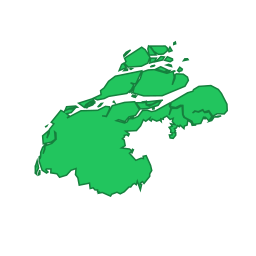 outline of Patuakhali, Barisal, Bangladesh, rotated 222°
{"feature_id": "16705992B49808088196813", "entity_name": "Patuakhali", "entity_type": "district", "adm_level": 2, "iso_a3": "BGD", "parent_name": "Bangladesh", "parent_adm1": "Barisal", "projection": "orthographic", "projection_center": [90.354, 22.181], "detail": "fine", "context": "isolated", "style": "filled", "palette": "green", "viewbox_px": 256, "rotation_deg": 222, "n_neighbors": 0, "source": "geoboundaries", "source_scale": "gbopen_adm2", "svg_char_len": 6011}
<svg xmlns="http://www.w3.org/2000/svg" viewBox="0 0 256 256"><g transform="rotate(222 128 128)"><path d="M79.3,175.9L81.7,173.7L84.7,175.3L93.6,173.3L96.4,174.6L102.8,180.8L104.6,175.5L108.7,171.7L106.1,165.1L109.4,171.5L111.7,171.9L113.8,174.2L119.0,159.2L121.6,155.8L125.4,154.2L128.9,150.8L128.2,143.5L130.6,138.1L133.4,135.8L132.8,131.8L133.9,129.4L141.6,125.6L140.6,127.9L134.6,130.7L134.8,136.9L130.9,142.4L131.8,149.3L140.6,152.0L147.7,144.7L154.6,134.1L151.7,122.1L155.4,119.7L152.0,122.3L154.4,129.8L155.9,131.4L159.2,129.0L162.3,120.9L174.5,109.3L180.0,94.6L179.7,97.7L183.3,97.5L180.5,101.5L180.5,106.3L184.3,102.9L186.6,98.7L186.0,97.1L189.7,96.2L188.9,80.9L185.9,81.5L185.4,74.3L183.1,71.3L181.4,66.2L185.2,72.8L186.2,65.0L180.4,59.5L175.7,66.1L174.7,69.9L174.8,71.3L180.0,76.1L178.3,76.1L173.9,71.6L174.3,65.6L177.7,59.0L175.6,56.6L173.9,52.0L176.2,57.0L177.9,58.6L178.6,56.8L176.6,51.5L173.5,47.9L172.7,46.0L174.5,48.3L174.7,47.1L171.8,43.9L163.6,39.2L158.4,40.0L158.0,41.8L161.1,41.9L161.3,42.9L157.8,46.0L155.4,43.0L150.2,46.4L145.9,45.6L142.1,51.9L142.1,58.4L139.5,63.1L135.8,58.2L131.9,57.4L126.0,52.9L119.7,61.3L115.6,57.7L113.9,60.2L111.1,59.9L109.1,61.6L107.8,60.1L106.6,61.0L106.3,59.8L103.9,62.9L95.4,65.7L95.8,67.9L93.2,72.9L89.7,73.9L88.1,78.2L87.8,84.9L86.5,86.0L86.8,89.3L86.0,91.2L83.9,91.4L85.5,94.7L77.4,90.3L80.1,95.2L81.3,94.4L82.0,95.3L81.3,97.9L79.0,97.5L79.5,106.6L81.2,108.5L81.9,112.3L86.2,115.3L96.0,119.6L97.8,117.1L96.1,115.6L98.0,114.4L100.6,109.2L110.1,110.2L109.7,112.6L108.4,112.2L109.4,115.4L110.4,115.2L109.7,113.5L112.8,113.4L119.5,108.8L118.3,113.0L122.8,116.5L125.0,116.2L124.7,119.1L125.8,120.0L124.3,122.2L122.5,122.4L123.1,124.4L127.6,124.1L120.0,131.7L120.1,138.1L122.2,144.5L119.3,144.9L118.4,150.2L117.6,148.4L115.4,148.7L116.0,150.8L111.3,152.3L109.7,155.2L107.7,155.1L109.8,156.9L107.6,158.1L108.5,159.2L107.1,162.9L102.4,162.5L100.9,165.4L99.4,162.4L95.2,162.0L99.1,159.7L96.3,158.9L97.9,156.0L94.7,155.2L93.4,153.3L92.1,154.0L90.7,152.3L92.6,150.5L90.0,148.8L87.5,150.5L87.7,154.6L89.3,156.4L90.6,155.4L90.8,157.7L93.1,158.6L92.1,160.4L92.8,162.9L90.7,163.3L91.1,165.0L86.0,165.0L87.4,167.2L86.0,169.7L88.7,173.6L84.7,174.4L82.1,172.9L79.3,175.9ZM107.3,194.0L113.1,175.8L110.9,172.2L106.2,175.1L104.3,179.9L102.3,181.5L95.7,174.6L92.8,173.8L85.1,175.8L81.8,174.4L77.0,180.1L79.1,186.6L77.6,187.8L72.8,187.5L73.2,192.5L79.2,194.4L79.4,192.9L81.4,190.7L84.5,191.2L86.2,187.0L89.2,185.5L90.1,182.3L89.8,185.4L86.7,187.1L84.7,191.7L82.1,190.9L79.6,195.0L72.9,193.4L71.3,198.2L65.9,202.8L65.9,207.3L70.4,211.9L81.7,216.2L86.7,217.1L94.8,215.0L103.2,206.3L105.0,200.4L104.4,198.7L107.3,194.0ZM151.9,172.9L150.7,162.4L147.9,157.4L137.8,162.4L124.2,174.9L113.6,197.2L115.0,203.8L117.9,205.6L122.9,205.0L128.3,200.6L128.6,199.2L126.3,196.2L124.0,189.7L127.6,196.7L132.2,200.1L130.8,201.9L131.9,201.4L135.6,194.7L147.6,188.9L151.8,184.7L154.9,179.3L151.9,172.9ZM173.6,127.1L169.6,128.4L165.4,133.9L163.5,138.6L152.0,152.9L151.2,158.6L152.6,164.1L156.4,163.3L152.7,165.1L151.9,166.8L156.1,179.6L172.1,158.0L173.7,149.7L172.6,141.8L173.4,137.4L170.3,134.8L173.6,127.1ZM174.0,173.7L168.7,173.3L159.4,182.9L156.7,189.5L159.0,195.2L167.5,197.7L171.9,197.2L177.2,177.5L173.9,176.0L174.0,173.7ZM166.2,203.8L160.0,202.2L154.8,203.0L151.2,206.6L150.4,211.9L152.5,213.8L155.2,213.8L166.2,203.8ZM133.5,157.2L139.1,152.0L131.5,150.5L126.1,156.0L120.8,164.9L121.3,169.4L123.3,167.6L126.8,158.5L129.8,157.3L132.0,159.0L133.5,157.2ZM181.3,113.4L174.3,114.1L175.0,117.2L173.8,122.1L171.9,125.7L173.9,126.1L181.3,113.4ZM167.6,202.7L166.2,200.1L161.1,196.3L156.0,201.1L165.6,203.1L167.6,202.7ZM120.7,172.1L131.8,159.7L129.6,157.6L126.1,161.6L123.6,168.0L120.7,172.1ZM137.4,197.6L144.7,195.4L146.6,190.6L138.6,194.1L137.4,197.6ZM173.0,164.8L169.7,171.7L174.6,173.1L175.2,170.9L173.0,164.8ZM171.2,37.5L169.8,37.7L171.1,37.3L167.5,33.4L166.4,33.8L167.7,38.5L173.6,42.9L171.2,37.5ZM141.2,209.1L146.4,207.3L146.1,202.8L141.0,205.5L140.2,208.2L141.2,209.1ZM153.7,198.9L157.8,195.1L155.3,190.8L152.7,195.3L153.7,198.9ZM148.5,205.1L151.4,203.2L151.8,195.9L147.8,201.7L148.5,205.1ZM181.5,109.4L187.9,102.7L186.6,99.1L184.3,103.8L179.5,109.6L181.5,109.4ZM170.2,125.3L173.5,121.2L173.9,114.5L172.0,115.5L172.2,117.7L171.5,121.4L169.4,124.4L170.2,125.3ZM129.6,203.9L126.9,203.9L127.9,204.2L126.4,206.6L127.0,208.1L130.2,207.8L129.6,203.9ZM178.9,178.5L178.6,180.8L178.3,187.7L180.0,183.1L179.9,179.3L178.9,178.5ZM151.0,216.2L150.4,213.1L148.5,212.1L147.0,214.9L151.0,216.2ZM137.9,203.6L140.5,202.5L141.6,200.5L136.7,202.8L137.9,203.6ZM163.6,129.1L164.4,128.2L164.6,123.3L163.4,125.9L163.6,129.1ZM135.3,198.8L137.3,196.9L137.6,195.0L135.4,196.1L135.3,198.8ZM167.7,171.5L169.3,170.0L169.4,167.9L167.0,170.5L167.7,171.5ZM169.7,122.8L171.2,121.4L172.0,116.9L169.7,121.5L169.7,122.8ZM162.5,34.4L163.8,36.2L165.5,37.6L163.2,33.0L162.5,34.4ZM130.1,219.3L132.1,217.4L131.8,215.2L129.0,219.0L130.1,219.3ZM150.4,223.6L150.9,222.0L149.9,220.7L148.9,222.5L150.4,223.6ZM71.3,193.6L72.1,192.2L72.2,187.2L70.8,189.6L71.3,193.6ZM151.9,162.6L150.6,159.5L150.7,155.0L149.9,158.2L151.9,162.6ZM144.9,156.9L146.6,155.5L146.3,154.3L144.7,154.8L144.9,156.9ZM149.9,192.8L151.8,190.2L152.3,188.3L150.2,191.2L149.9,192.8ZM131.5,139.6L132.9,138.8L133.0,137.1L131.5,137.7L131.5,139.6ZM178.4,60.3L178.5,57.7L176.8,61.7L178.4,60.3ZM126.6,160.5L128.0,159.5L128.8,158.0L127.0,158.6L126.6,160.5ZM66.9,199.3L69.3,196.7L70.9,194.2L68.5,196.4L66.9,199.3ZM131.8,160.9L132.5,159.7L135.3,156.4L133.3,157.7L131.8,160.9ZM122.2,160.6L122.7,158.1L121.4,159.7L122.2,160.6ZM165.1,32.4L165.9,33.6L167.4,33.2L166.8,32.4L165.1,32.4ZM143.2,157.4L144.1,156.4L143.9,155.3L143.1,155.6L143.2,157.4ZM154.8,137.9L156.4,138.4L156.4,137.5L154.8,137.9ZM164.7,174.8L165.9,173.8L166.1,173.3L165.0,173.5L164.7,174.8ZM76.2,186.5L78.4,186.5L78.7,186.1L78.0,184.9L78.3,185.9L76.2,186.5ZM190.1,73.2L189.6,74.9L189.7,75.3L190.1,74.0L190.1,73.2ZM148.3,157.2L148.7,156.9L148.6,156.7L148.3,157.2Z" fill="#22c55e" stroke="#15803d" stroke-width="1.5"/></g></svg>